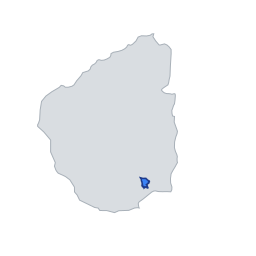 location of Enrique Martínez, Treinta y Tres, Uruguay, rotated 51°
{"feature_id": "84410073B18985772517104", "entity_name": "Enrique Martínez", "entity_type": "district", "adm_level": 2, "iso_a3": "URY", "parent_name": "Uruguay", "parent_adm1": "Treinta y Tres", "projection": "orthographic", "projection_center": [-53.826, -33.156], "detail": "fine", "context": "in_parent", "style": "filled", "palette": "blue", "viewbox_px": 256, "rotation_deg": 51, "n_neighbors": 0, "source": "geoboundaries", "source_scale": "gbopen_adm2", "svg_char_len": 3315}
<svg xmlns="http://www.w3.org/2000/svg" viewBox="0 0 256 256"><g transform="rotate(51 128 128)"><path d="M197.2,169.6L195.8,170.9L194.3,173.3L192.5,179.2L186.5,187.2L185.3,191.7L178.9,196.4L174.4,201.8L171.4,201.6L168.8,203.9L153.6,211.0L148.1,209.7L144.0,209.8L140.2,206.8L131.6,205.8L126.2,207.2L119.1,210.7L116.9,210.7L115.3,210.5L111.4,209.2L109.2,206.3L97.9,203.2L88.7,195.7L78.1,195.9L70.0,197.2L68.7,196.3L67.8,194.3L66.0,191.5L58.7,184.9L52.9,178.4L51.5,171.7L51.9,164.4L53.2,155.8L52.8,153.1L54.8,151.5L56.8,151.1L58.7,148.8L60.3,145.3L60.5,142.8L59.0,138.1L57.8,131.5L56.5,128.3L58.6,123.0L58.5,120.5L57.1,118.3L56.7,116.1L57.2,113.7L57.0,111.5L56.1,109.4L56.6,107.6L58.7,106.1L60.2,103.8L61.1,100.9L61.5,98.6L61.5,97.1L60.8,95.7L59.5,94.4L60.0,91.6L62.3,87.5L63.8,83.8L64.4,80.6L64.3,78.1L63.4,76.2L63.7,74.9L65.2,74.1L65.8,72.1L65.4,67.0L63.7,62.9L64.8,59.5L68.2,55.6L69.9,52.4L70.0,50.1L71.0,48.7L72.8,51.2L77.8,51.7L82.9,51.6L83.7,50.9L85.6,46.7L88.2,45.4L91.0,45.0L94.1,45.1L97.5,47.8L107.1,56.6L114.1,62.7L116.3,65.6L118.2,67.7L119.6,69.8L119.1,75.1L119.2,77.5L119.6,78.1L121.1,78.2L123.4,77.7L125.4,76.5L126.9,74.8L128.3,73.4L129.5,72.6L129.9,71.5L130.6,70.3L131.3,70.0L132.7,70.9L135.9,73.9L138.5,76.7L139.1,78.3L140.1,79.9L141.1,81.4L141.8,82.8L144.3,84.6L146.7,85.8L148.3,84.6L152.5,88.4L161.6,91.6L163.3,93.5L164.9,96.3L168.1,100.5L172.5,104.3L176.1,105.9L179.4,106.8L181.3,107.7L182.6,109.1L184.7,110.7L186.0,111.3L186.5,112.7L187.8,115.8L189.2,119.7L190.7,123.3L194.0,126.8L197.6,129.5L201.5,131.0L203.6,132.9L204.5,134.9L201.9,137.8L199.1,141.4L196.6,144.3L194.1,146.3L193.2,147.7L192.7,149.9L192.7,161.3L192.4,165.5L192.6,166.6L193.0,167.4L194.6,168.5L196.5,169.5L197.2,169.6Z" fill="#d9dde1" stroke="#a8b0b8" stroke-width="1"/><path d="M178.4,145.8L176.4,148.3L174.4,149.7L174.8,149.8L175.6,149.8L176.5,150.1L177.4,150.8L178.0,151.0L178.7,151.0L179.2,151.5L180.4,152.0L180.5,152.4L180.8,152.6L181.0,152.7L181.1,152.8L181.3,152.7L181.5,152.7L181.5,152.9L181.5,153.0L181.7,152.9L181.8,152.8L181.9,153.0L182.0,153.1L182.4,153.3L182.4,153.6L182.8,153.7L183.0,153.8L182.9,153.7L183.0,153.6L183.2,153.4L183.3,153.2L183.3,152.9L183.5,152.8L183.6,153.0L183.6,153.3L183.7,153.5L183.8,153.5L183.8,153.4L183.8,153.2L184.0,153.0L184.0,152.9L184.2,153.0L184.3,153.0L184.4,152.9L184.5,152.8L184.6,152.7L184.7,152.8L184.8,152.9L184.8,152.7L184.7,152.6L184.8,152.4L184.8,152.2L184.7,152.2L184.6,151.9L184.8,151.8L185.0,151.8L185.0,151.7L185.0,151.4L184.9,151.3L184.9,151.2L185.0,151.0L185.1,150.9L185.3,150.9L185.5,150.8L185.8,150.8L185.8,150.7L186.0,150.6L186.3,150.6L186.4,150.4L186.4,150.2L186.5,150.2L186.6,150.3L186.6,150.5L186.8,150.6L187.0,150.5L187.1,150.4L187.0,150.2L186.9,150.2L186.6,149.9L186.4,150.0L186.1,149.9L185.9,149.9L185.9,150.2L185.7,150.0L185.6,150.3L185.3,150.2L185.4,149.9L185.1,149.8L184.7,149.4L183.9,149.1L183.6,149.2L183.6,148.6L183.8,148.5L183.7,148.4L183.7,148.2L183.5,147.6L183.7,147.3L183.9,147.2L183.9,146.8L183.9,146.5L183.7,146.3L183.6,146.2L183.5,146.4L183.4,146.4L183.2,146.3L183.0,146.1L182.9,146.0L183.1,145.8L183.3,145.5L183.3,145.4L183.1,145.3L182.9,145.2L182.7,145.0L182.7,144.9L182.4,144.9L182.3,145.1L182.0,145.3L181.8,145.4L181.3,145.3L180.4,145.7L180.1,145.7L179.6,145.6L178.8,145.9L178.4,145.8Z" fill="#3b82f6" stroke="#1e3a8a" stroke-width="1.5"/></g></svg>